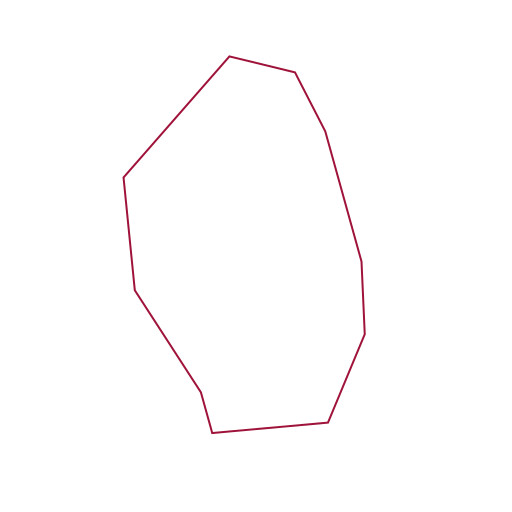 the Municipality of Kobilje, rotated 234°
{"feature_id": "SVN-1043", "entity_name": "Kobilje", "entity_type": "Municipality", "adm_level": 1, "iso_a3": "SVN", "parent_name": "Slovenia", "parent_adm1": "", "projection": "natural_earth1", "projection_center": [16.381, 46.68], "detail": "fine", "context": "isolated", "style": "outline", "palette": "rose", "viewbox_px": 512, "rotation_deg": 234, "n_neighbors": 0, "source": "natural_earth", "source_scale": "10m", "svg_char_len": 333}
<svg xmlns="http://www.w3.org/2000/svg" viewBox="0 0 512 512"><g transform="rotate(234 256 256)"><path d="M144.0,118.6L178.1,131.3L299.5,137.8L397.4,195.0L433.1,351.8L381.6,395.5L376.8,394.7L316.1,385.3L189.5,338.1L128.8,298.0L78.9,216.3L129.1,132.3L138.5,116.5L144.0,118.6Z" fill="none" stroke="#9f1239" stroke-width="2"/></g></svg>